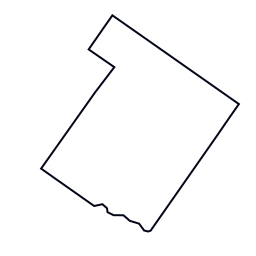 Lawrence, South Dakota, United States of America (Mercator projection), rotated 215°
{"feature_id": "52423323B97132766145301", "entity_name": "Lawrence", "entity_type": "district", "adm_level": 2, "iso_a3": "USA", "parent_name": "United States of America", "parent_adm1": "South Dakota", "projection": "mercator", "projection_center": [-103.839, 44.373], "detail": "fine", "context": "isolated", "style": "outline", "palette": "ink", "viewbox_px": 256, "rotation_deg": 215, "n_neighbors": 0, "source": "geoboundaries", "source_scale": "gbopen_adm2", "svg_char_len": 436}
<svg xmlns="http://www.w3.org/2000/svg" viewBox="0 0 256 256"><g transform="rotate(215 128 128)"><path d="M50.9,197.1L50.9,211.2L170.3,211.3L205.4,211.3L205.4,196.0L205.3,169.8L174.1,170.0L175.4,138.4L175.9,44.9L157.6,44.8L111.0,44.7L105.2,50.9L99.1,50.2L96.5,47.3L89.8,48.3L81.7,53.9L73.3,53.0L64.1,56.0L56.0,53.3L52.1,54.8L50.6,56.9L50.6,66.8L50.6,76.0L50.7,172.2L50.9,197.1Z" fill="none" stroke="#020617" stroke-width="2"/></g></svg>